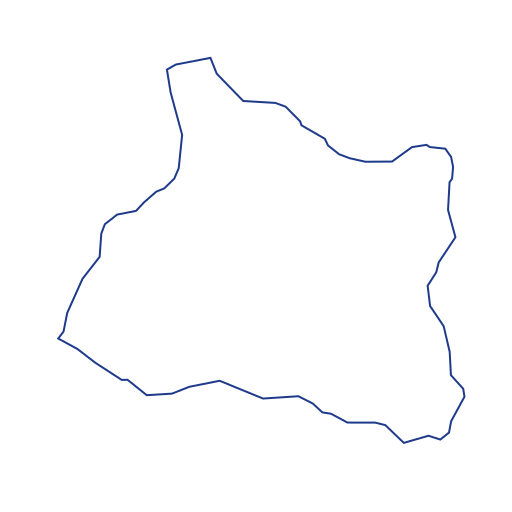 Pastores, Sacatepéquez, Guatemala (Albers equal-area conic projection), rotated 264°
{"feature_id": "79465075B63522445953752", "entity_name": "Pastores", "entity_type": "district", "adm_level": 2, "iso_a3": "GTM", "parent_name": "Guatemala", "parent_adm1": "Sacatepéquez", "projection": "albers", "projection_center": [-90.77, 14.602], "detail": "fine", "context": "isolated", "style": "outline", "palette": "blue", "viewbox_px": 512, "rotation_deg": 264, "n_neighbors": 0, "source": "geoboundaries", "source_scale": "gbopen_adm2", "svg_char_len": 1013}
<svg xmlns="http://www.w3.org/2000/svg" viewBox="0 0 512 512"><g transform="rotate(264 256 256)"><path d="M342.9,455.5L346.2,440.2L348.7,437.2L348.0,422.5L335.7,401.2L338.3,374.7L343.4,359.5L348.5,349.3L358.5,339.1L365.4,336.7L381.2,314.9L385.4,313.9L401.4,301.1L406.2,291.3L411.5,259.5L441.4,236.0L457.8,231.4L454.8,196.3L450.7,186.9L427.5,188.2L384.2,195.2L351.3,188.3L341.5,182.8L332.8,171.8L330.4,163.5L321.1,150.3L313.4,141.4L311.7,122.2L303.4,109.0L294.5,104.5L271.5,100.4L251.5,81.1L219.1,62.3L201.0,56.7L194.6,50.7L182.0,68.9L166.9,84.7L146.8,109.5L146.3,115.3L129.0,132.8L127.9,158.0L132.9,176.1L135.7,206.8L113.5,248.1L112.1,283.5L103.3,297.1L93.5,305.7L91.3,314.1L80.8,329.5L77.8,357.3L74.3,366.9L54.7,383.5L59.2,408.7L54.2,420.1L60.2,429.5L71.3,432.8L94.2,448.6L102.3,448.2L117.1,437.4L140.5,438.6L166.6,435.3L188.1,423.9L208.5,423.6L221.0,433.6L230.5,437.0L253.8,456.3L281.7,451.8L309.1,456.2L312.4,459.1L323.9,461.3L334.1,460.4L342.9,455.5Z" fill="none" stroke="#1e3a8a" stroke-width="2"/></g></svg>